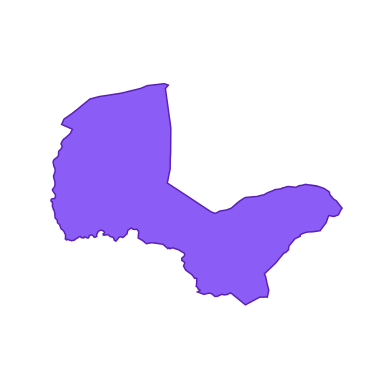 the district of San Mateo Peñasco, Oaxaca, Mexico, rotated 201°
{"feature_id": "50627088B42338204291067", "entity_name": "San Mateo Peñasco", "entity_type": "district", "adm_level": 2, "iso_a3": "MEX", "parent_name": "Mexico", "parent_adm1": "Oaxaca", "projection": "robinson", "projection_center": [-97.488, 17.14], "detail": "fine", "context": "isolated", "style": "filled", "palette": "violet", "viewbox_px": 384, "rotation_deg": 201, "n_neighbors": 0, "source": "geoboundaries", "source_scale": "gbopen_adm2", "svg_char_len": 4423}
<svg xmlns="http://www.w3.org/2000/svg" viewBox="0 0 384 384"><g transform="rotate(201 192 192)"><path d="M237.7,129.6L238.2,133.1L235.9,136.7L233.8,136.0L231.8,136.6L229.9,137.5L227.5,135.8L225.8,129.8L220.9,129.0L216.1,127.4L211.3,130.3L200.4,132.8L194.2,130.5L193.4,131.7L192.3,131.1L190.0,133.0L186.1,133.1L183.6,133.3L182.7,133.0L177.2,132.1L176.4,130.8L176.3,129.4L177.8,126.6L177.1,124.5L174.0,123.8L173.3,123.1L173.4,119.9L169.9,116.8L166.1,115.8L163.0,115.0L161.2,114.1L158.6,112.3L156.6,113.2L154.4,106.5L154.4,105.5L152.4,104.8L151.6,103.7L149.2,103.2L151.1,100.7L149.9,100.7L144.3,100.7L139.8,103.7L137.3,104.1L133.3,102.7L130.9,103.7L127.3,107.4L126.8,107.2L124.8,107.6L124.7,107.7L122.8,108.6L119.6,111.7L106.5,107.4L101.7,105.8L91.2,118.0L88.6,119.1L86.6,119.9L85.1,120.6L84.0,120.8L85.1,127.8L89.1,133.4L89.4,133.6L89.9,134.7L93.1,139.6L95.1,141.5L88.4,155.8L86.4,161.9L84.5,167.6L84.1,168.0L83.9,168.2L82.9,169.1L81.2,172.6L82.1,176.2L81.9,177.0L79.1,185.3L77.1,187.4L76.8,187.7L75.1,189.5L75.8,190.5L74.8,191.9L71.5,194.9L69.6,196.1L64.5,198.4L58.5,201.8L58.3,202.9L56.5,209.0L55.8,211.5L56.0,219.0L50.7,220.0L47.4,222.9L47.0,224.3L46.6,228.9L46.1,230.7L54.1,235.5L57.2,236.1L62.1,238.8L62.5,239.1L63.7,241.2L66.5,241.9L69.8,242.6L72.9,242.6L75.8,242.5L78.7,241.9L78.5,242.2L81.7,241.5L81.4,241.4L88.8,239.8L91.4,237.9L94.5,236.1L96.5,233.7L104.3,231.6L106.4,230.1L108.1,228.7L109.0,228.3L110.0,226.9L113.8,224.8L115.3,224.1L117.2,222.0L120.1,219.4L120.8,218.8L122.6,216.8L123.1,216.0L124.0,215.0L125.5,214.2L129.2,211.5L130.2,210.7L131.5,210.3L138.0,207.1L139.0,206.6L140.2,206.0L141.9,204.0L143.5,201.7L143.8,201.3L145.1,199.3L145.8,198.1L145.9,197.9L149.5,191.0L149.6,190.9L149.8,190.8L149.8,190.7L153.6,187.4L159.1,184.3L162.4,180.5L164.4,180.3L165.3,180.3L165.6,180.3L166.2,180.3L166.9,180.3L168.0,180.5L177.2,182.5L185.3,184.3L200.2,187.6L212.8,190.3L217.7,191.4L217.8,191.4L218.3,191.6L219.3,197.6L219.4,197.8L220.6,205.4L224.3,215.6L224.7,216.8L224.7,217.0L224.8,217.2L226.1,221.2L234.6,243.9L237.6,249.5L241.5,256.5L247.4,267.3L253.9,279.0L252.4,283.3L256.7,283.2L272.0,275.2L275.9,271.4L277.5,270.0L278.5,269.3L280.6,267.8L281.2,267.4L281.8,267.0L293.8,258.7L312.7,247.9L315.7,245.8L316.5,245.2L318.1,244.0L320.0,242.7L320.5,242.4L327.8,229.7L328.3,228.4L328.7,228.0L332.7,221.4L337.6,214.2L337.9,208.3L326.6,207.8L326.1,207.6L326.5,205.1L326.4,203.6L327.1,202.1L327.5,201.0L329.0,198.3L329.6,196.9L330.5,196.0L331.0,194.4L331.4,193.0L331.5,191.1L331.6,190.1L331.3,189.7L330.3,188.9L329.5,187.9L329.4,187.3L329.5,186.8L329.8,185.0L331.0,182.4L331.0,181.8L330.5,180.4L329.9,178.7L329.8,177.8L330.1,176.7L330.5,175.9L331.3,174.6L332.4,172.8L332.6,171.1L332.4,170.1L332.0,169.4L331.4,168.5L330.8,167.5L330.2,166.5L329.7,166.0L328.9,165.5L328.4,164.8L327.7,163.6L327.5,162.9L327.2,161.9L327.1,160.9L327.0,158.9L327.1,158.3L327.0,157.4L326.6,156.4L325.9,155.5L325.3,154.5L324.4,153.4L323.7,152.5L323.3,151.6L322.8,150.6L322.6,149.9L322.3,148.7L322.3,147.5L322.5,146.4L323.2,144.4L322.9,143.6L320.8,142.1L319.3,141.1L318.4,140.3L318.1,139.5L317.9,138.5L317.9,136.5L318.8,136.3L320.3,135.4L320.7,135.0L320.8,134.5L320.5,133.2L320.1,132.8L319.5,132.6L319.0,132.8L318.1,131.3L317.2,128.5L315.7,127.1L315.6,126.4L315.0,125.9L314.2,125.8L313.7,124.7L312.6,123.2L311.7,121.3L310.4,118.6L309.5,118.2L308.5,117.8L307.7,117.4L307.3,116.5L306.9,115.6L306.5,115.1L306.1,114.9L305.5,114.7L304.5,114.3L303.6,113.8L303.1,113.2L302.7,112.6L301.9,111.7L301.1,110.8L300.6,110.5L300.1,110.5L299.4,110.4L298.5,109.9L297.5,109.3L296.6,108.6L296.2,108.0L295.0,107.1L294.2,105.3L293.8,104.2L293.7,103.9L293.6,102.9L292.5,102.4L291.7,102.3L291.1,103.3L290.6,103.3L290.2,103.2L287.2,103.3L286.1,103.9L284.3,105.2L283.9,106.2L283.0,107.4L282.2,108.3L281.6,109.3L280.5,110.4L278.9,109.7L278.0,110.1L277.0,110.1L276.7,110.2L276.8,110.6L276.4,111.4L275.6,111.8L274.6,111.6L273.5,111.5L272.3,111.9L272.0,112.6L272.1,113.3L272.2,114.4L271.0,115.7L269.7,116.0L268.5,115.6L267.3,114.8L266.9,114.8L265.8,115.4L265.0,116.5L265.8,118.2L265.6,120.6L265.0,122.1L264.2,123.2L262.7,124.0L261.2,123.8L260.1,123.7L259.4,123.2L259.1,122.4L260.0,120.9L259.3,120.0L258.7,120.1L257.1,121.0L255.5,121.9L254.3,122.0L252.9,121.2L251.8,121.1L250.1,121.4L248.6,120.9L247.4,119.2L245.5,118.8L244.8,120.6L244.3,122.4L243.8,123.6L242.8,124.6L240.5,124.7L239.6,125.5L239.0,127.2L237.7,129.6Z" fill="#8b5cf6" stroke="#5b21b6" stroke-width="1.5"/></g></svg>